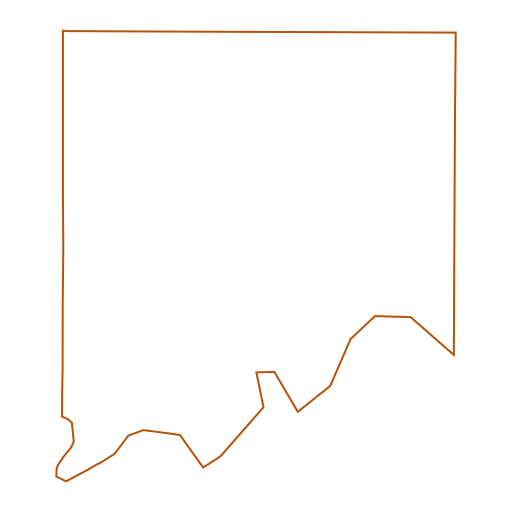 Clay, Missouri, United States of America (Mercator projection)
{"feature_id": "52423323B79927186456067", "entity_name": "Clay", "entity_type": "district", "adm_level": 2, "iso_a3": "USA", "parent_name": "United States of America", "parent_adm1": "Missouri", "projection": "mercator", "projection_center": [-94.495, 39.283], "detail": "fine", "context": "isolated", "style": "outline", "palette": "amber", "viewbox_px": 512, "rotation_deg": 0, "n_neighbors": 0, "source": "geoboundaries", "source_scale": "gbopen_adm2", "svg_char_len": 602}
<svg xmlns="http://www.w3.org/2000/svg" viewBox="0 0 512 512"><path d="M62.9,30.7L62.9,141.7L62.9,190.8L63.3,247.9L63.0,276.3L62.7,303.7L62.6,369.5L62.2,390.4L62.0,416.6L67.7,419.1L71.8,422.6L73.8,441.5L71.2,447.4L63.3,457.0L57.9,465.1L56.6,468.8L56.3,476.5L66.0,481.3L85.0,471.3L97.9,463.9L99.2,463.5L114.5,453.9L128.4,435.6L143.4,430.1L179.9,434.9L203.1,467.5L220.5,456.3L263.5,407.2L256.4,372.4L274.4,371.9L297.8,411.8L330.3,385.8L350.6,339.0L375.0,316.1L410.6,317.1L453.8,354.9L455.0,109.6L455.2,94.5L455.7,32.6L201.3,31.7L67.7,31.1L62.9,30.7Z" fill="none" stroke="#b45309" stroke-width="2"/></svg>